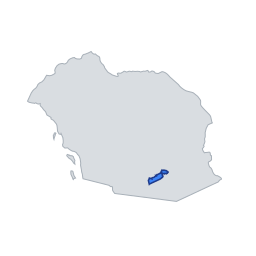 location of Itilima, Simiyu, United Republic of Tanzania, rotated 155°
{"feature_id": "72390352B56378812232391", "entity_name": "Itilima", "entity_type": "district", "adm_level": 2, "iso_a3": "TZA", "parent_name": "United Republic of Tanzania", "parent_adm1": "Simiyu", "projection": "robinson", "projection_center": [34.228, -2.888], "detail": "fine", "context": "in_parent", "style": "filled", "palette": "blue", "viewbox_px": 256, "rotation_deg": 155, "n_neighbors": 0, "source": "geoboundaries", "source_scale": "gbopen_adm2", "svg_char_len": 6136}
<svg xmlns="http://www.w3.org/2000/svg" viewBox="0 0 256 256"><g transform="rotate(155 128 128)"><path d="M99.9,177.6L97.6,176.2L95.5,175.4L93.7,174.4L93.0,173.5L91.3,173.2L89.9,173.0L88.6,172.2L85.9,171.9L85.6,171.3L85.6,170.0L85.1,169.7L84.2,169.4L83.1,169.4L82.5,169.6L82.1,169.5L81.2,168.8L80.4,167.8L80.1,166.3L78.9,165.4L77.5,164.6L73.5,164.7L72.9,164.4L72.0,163.7L70.9,162.4L70.0,161.0L69.2,159.0L68.4,156.4L63.9,146.0L63.5,144.0L62.6,141.8L61.1,139.1L59.6,137.1L57.5,135.3L55.2,133.5L53.9,132.2L51.5,127.3L51.0,125.0L50.6,122.6L50.8,121.7L52.3,118.6L52.4,117.7L52.2,116.5L51.5,114.1L50.5,111.1L48.6,105.7L48.3,104.3L48.3,103.3L49.5,97.8L49.4,97.0L54.0,97.1L57.2,94.7L60.1,91.1L60.7,89.6L61.8,87.3L63.0,86.1L63.4,85.3L64.1,83.0L65.6,81.5L67.0,80.3L66.7,79.4L67.0,79.1L67.8,78.5L69.3,77.9L69.6,76.7L69.6,75.4L69.4,74.6L69.4,73.7L69.2,73.2L68.2,73.1L66.6,72.4L65.4,72.1L64.5,71.7L64.2,71.4L64.1,70.6L64.8,68.5L64.1,67.6L65.6,64.1L65.9,63.7L66.5,63.7L67.4,63.3L68.2,63.1L68.9,63.3L69.4,63.1L69.9,62.7L70.2,61.5L70.5,59.5L70.4,57.9L69.7,56.7L69.5,54.8L69.8,52.2L69.6,50.1L68.9,48.4L68.1,47.4L67.0,46.9L65.2,44.3L64.7,43.1L64.8,42.3L65.4,42.0L66.5,42.1L67.6,41.8L68.6,41.1L69.6,40.9L70.1,41.0L115.1,41.0L167.6,74.2L167.8,74.6L168.3,77.5L168.2,78.4L167.4,80.1L167.1,80.9L167.1,81.5L167.3,81.8L168.0,81.9L168.6,82.3L168.8,82.6L169.2,83.8L169.8,84.4L189.8,100.7L190.2,101.0L189.9,102.3L188.8,105.7L188.7,107.0L188.3,108.7L187.9,109.7L186.7,114.4L185.7,116.1L184.4,120.2L184.2,123.4L184.9,125.6L185.2,127.6L186.7,129.6L187.9,130.3L188.8,131.3L190.2,133.4L191.1,135.5L193.7,136.5L194.8,138.9L194.4,140.5L193.1,141.8L192.0,144.0L191.1,146.9L191.0,151.3L191.6,150.6L193.0,151.7L193.2,154.9L191.8,158.7L191.3,160.4L191.2,161.9L192.3,166.4L193.9,168.7L193.7,169.5L193.3,170.1L196.0,174.1L195.8,177.6L196.8,180.4L197.2,182.8L197.9,184.6L198.0,185.8L197.2,187.2L199.2,187.6L200.3,188.7L200.9,189.8L202.3,189.8L203.1,190.5L204.2,191.1L206.6,193.0L207.3,193.9L207.7,194.8L200.9,200.6L198.4,202.1L196.7,202.7L194.8,203.1L193.0,204.0L191.3,205.5L189.2,206.2L186.6,206.2L183.8,207.2L179.5,210.2L177.0,208.5L175.0,208.0L172.7,208.1L171.3,208.3L170.8,208.6L170.4,209.6L170.0,211.3L168.5,212.9L165.9,214.5L163.5,215.0L161.3,214.6L159.8,214.0L159.0,213.1L157.9,212.7L156.4,212.8L154.9,213.4L153.5,214.6L151.3,215.1L148.3,215.0L146.6,214.4L146.4,213.4L145.1,212.2L142.6,210.9L140.8,210.8L139.7,212.1L138.6,212.9L137.7,213.3L136.8,213.3L135.6,213.0L132.2,212.8L129.1,212.9L128.7,211.0L128.1,209.9L127.5,209.2L126.4,209.0L126.1,208.5L125.7,207.4L125.2,206.4L124.5,205.6L124.0,204.8L123.9,204.1L124.0,203.3L124.7,201.4L124.9,200.1L124.8,198.8L124.5,197.4L123.7,195.8L123.8,195.3L123.5,194.2L123.5,193.4L123.7,192.4L123.5,191.1L122.9,188.4L122.9,187.7L122.2,186.4L120.1,183.3L120.0,182.9L116.6,179.7L115.3,179.0L114.8,179.6L114.6,180.2L114.8,181.2L114.7,181.7L114.6,181.9L113.8,181.9L113.3,181.8L112.0,180.9L111.0,180.7L108.6,180.9L107.8,181.1L107.1,180.9L105.8,179.4L104.3,179.1L102.9,179.0L100.7,177.4L99.9,177.6ZM194.1,125.1L195.2,128.5L195.0,129.2L194.3,129.6L193.9,129.6L193.4,129.0L193.0,127.9L192.5,128.2L191.5,126.8L190.5,126.7L189.6,125.0L189.9,123.6L189.8,121.1L190.8,119.8L191.4,117.7L192.1,119.2L192.3,121.4L193.2,124.1L194.1,125.1ZM199.4,104.4L199.5,105.3L199.3,106.0L199.3,108.5L199.3,110.1L198.4,112.4L197.8,113.2L197.2,112.9L196.7,112.6L196.3,112.0L197.1,107.8L196.7,104.8L198.2,105.1L199.4,104.4ZM197.1,154.4L196.3,154.6L196.0,154.4L195.5,153.7L196.4,153.1L197.2,152.0L199.0,150.3L199.9,149.0L199.8,150.3L198.7,153.1L197.8,153.3L197.1,154.4Z" fill="#d9dde1" stroke="#a8b0b8" stroke-width="1"/><path d="M132.5,68.1L132.3,68.2L132.2,68.1L131.0,68.1L130.7,68.1L129.0,68.2L128.7,68.1L128.4,68.2L128.0,68.1L127.4,68.2L127.1,68.1L126.4,68.2L126.2,68.2L125.8,68.1L125.5,68.2L125.2,68.1L124.4,68.1L124.2,68.2L123.8,68.1L123.4,68.2L122.5,68.1L122.1,68.2L121.7,68.1L121.3,68.1L120.9,68.2L120.5,68.2L120.3,68.1L120.1,68.2L119.7,68.3L119.3,68.3L119.1,68.4L118.9,68.6L118.7,68.6L118.4,68.8L118.2,68.8L118.2,68.7L117.9,68.6L117.7,68.6L117.4,68.8L117.3,69.0L117.3,68.9L117.3,69.1L117.0,69.3L116.9,69.3L116.9,69.5L116.7,69.8L116.8,70.0L116.8,70.3L116.9,70.5L116.6,70.7L116.6,70.9L116.6,71.1L116.4,71.3L116.4,71.5L116.5,71.9L116.6,72.1L116.9,72.4L116.9,72.5L117.0,72.7L117.1,72.9L117.1,73.0L117.1,73.3L116.9,73.3L116.7,73.3L116.6,73.2L116.4,73.0L116.4,72.8L116.3,72.6L116.2,72.6L116.1,72.4L115.9,72.4L115.9,72.2L115.5,72.0L115.3,72.0L115.0,71.7L114.7,71.4L114.4,71.3L114.4,71.2L114.2,71.3L114.1,71.2L113.8,71.3L113.7,71.2L113.4,71.0L113.3,70.8L113.2,70.7L112.7,70.8L112.5,70.7L112.4,70.7L112.3,70.4L112.0,70.7L111.9,70.7L111.7,70.7L111.4,70.4L111.1,70.6L110.8,70.8L110.7,70.8L110.4,70.9L110.4,71.0L110.4,71.3L110.5,71.5L110.4,71.6L110.5,71.7L110.6,71.9L110.7,72.1L110.8,72.1L110.9,72.3L111.0,72.4L111.0,72.5L111.1,72.8L111.2,73.0L111.3,73.1L111.5,73.2L111.5,73.4L111.6,73.5L111.8,73.5L112.0,73.6L112.3,73.7L112.3,73.9L112.4,74.0L112.5,74.0L112.7,74.3L112.8,74.3L113.0,74.4L113.1,74.5L113.3,74.6L113.5,74.6L113.8,74.9L114.1,74.9L114.2,75.0L114.3,74.9L114.4,75.0L114.5,75.0L114.8,75.1L115.0,75.1L115.3,75.2L115.4,74.9L115.4,75.0L115.5,74.9L115.5,75.0L115.7,74.9L115.7,75.0L115.8,75.0L115.9,74.9L116.0,74.8L116.1,74.7L116.3,74.5L116.4,74.4L116.4,74.5L116.4,74.4L116.5,74.4L116.7,74.2L116.8,74.1L117.0,73.9L117.3,73.6L117.4,73.4L117.5,73.3L117.6,73.2L117.7,73.3L117.6,73.2L117.8,73.3L118.1,73.4L118.2,73.5L118.3,73.5L118.5,73.5L118.7,73.4L118.8,73.4L119.0,73.3L119.3,73.3L119.5,73.4L119.8,73.4L120.1,73.3L120.3,73.3L120.5,73.3L120.8,73.4L121.0,73.3L121.1,73.2L121.3,73.1L121.5,73.1L121.8,73.0L122.0,73.0L122.2,72.9L122.3,72.9L122.3,73.0L122.4,72.9L122.5,72.9L122.6,73.0L122.7,72.9L122.8,73.0L122.8,72.9L122.9,73.0L123.0,73.1L123.2,72.9L123.3,72.9L123.4,72.7L123.5,72.7L123.8,72.7L124.1,72.6L124.3,72.6L124.5,72.6L124.7,72.4L124.9,72.4L125.0,72.4L125.3,72.3L125.5,72.3L125.8,72.4L126.0,72.4L126.5,72.6L126.9,72.6L127.0,72.6L127.4,72.6L128.0,72.6L128.0,71.9L129.5,73.3L129.5,73.5L129.9,73.5L129.8,73.2L130.0,73.0L130.2,72.9L130.4,72.8L130.5,72.7L131.1,72.3L131.5,72.1L131.7,71.9L132.3,69.1L132.5,68.1Z" fill="#3b82f6" stroke="#1e3a8a" stroke-width="1.5"/></g></svg>